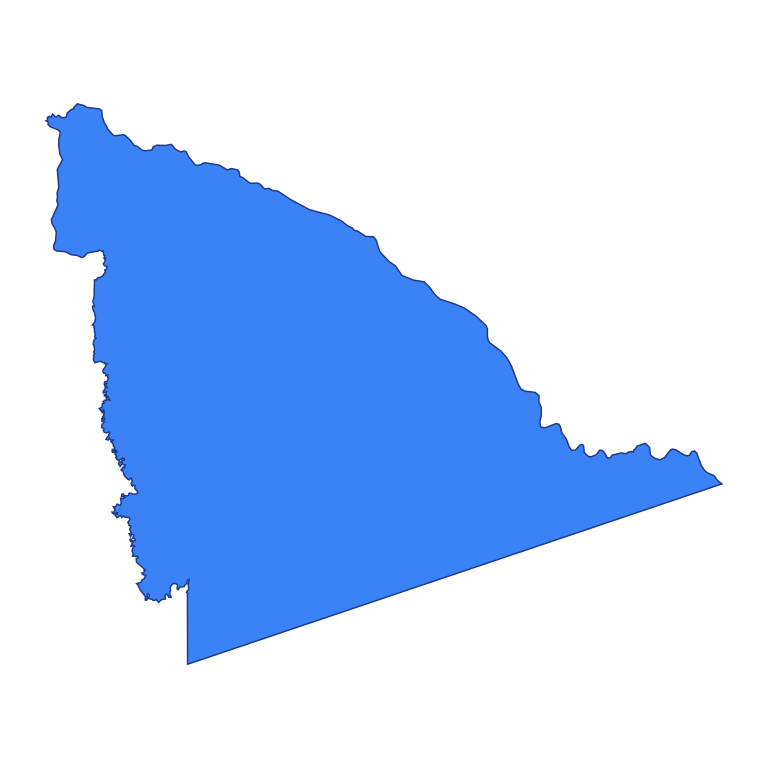 outline of Taisha, Morona Santiago, Ecuador
{"feature_id": "8360857B62075287883124", "entity_name": "Taisha", "entity_type": "district", "adm_level": 2, "iso_a3": "ECU", "parent_name": "Ecuador", "parent_adm1": "Morona Santiago", "projection": "orthographic", "projection_center": [-77.601, -2.443], "detail": "fine", "context": "isolated", "style": "filled", "palette": "blue", "viewbox_px": 768, "rotation_deg": 0, "n_neighbors": 0, "source": "geoboundaries", "source_scale": "gbopen_adm2", "svg_char_len": 6045}
<svg xmlns="http://www.w3.org/2000/svg" viewBox="0 0 768 768"><path d="M48.0,124.3L50.5,126.9L58.0,129.8L60.3,132.3L58.9,139.0L58.7,145.5L60.1,154.7L62.5,159.5L57.3,169.5L58.8,187.2L57.1,192.7L57.5,196.8L56.8,200.6L58.1,204.7L51.4,219.7L52.3,224.3L54.6,227.7L56.3,232.0L55.5,240.8L53.5,246.0L54.0,249.3L56.4,251.0L64.9,251.6L71.5,254.8L76.7,255.3L81.4,257.4L84.1,256.8L86.7,253.6L88.3,252.8L98.3,251.0L99.3,250.0L102.3,251.4L103.2,251.0L103.7,255.1L104.8,255.6L104.0,258.1L105.6,258.0L104.7,259.1L105.2,260.6L104.5,262.4L103.2,263.8L104.3,265.5L107.2,266.7L106.4,269.3L104.8,270.0L105.3,272.2L102.5,275.9L100.4,277.4L98.0,277.6L96.1,280.0L94.5,279.9L94.1,296.9L92.8,301.5L94.5,306.1L92.6,306.1L92.6,308.3L94.6,313.0L95.5,317.9L94.9,321.7L92.4,325.0L94.3,325.9L93.9,327.8L94.7,329.1L94.3,330.7L95.1,334.8L94.7,337.0L96.1,338.1L94.3,339.7L93.6,341.4L93.3,344.7L94.1,345.7L94.6,349.9L93.6,352.1L94.5,353.7L93.5,355.6L94.1,356.7L93.4,358.4L93.9,360.8L95.0,362.7L100.2,361.2L103.5,362.8L104.6,362.6L104.8,363.8L106.9,363.8L102.8,371.0L103.6,373.1L105.0,373.3L105.8,374.5L105.6,375.7L107.9,375.1L107.5,377.1L108.6,378.3L107.0,381.3L104.6,382.1L104.3,383.9L106.2,383.8L104.6,385.2L105.0,386.3L106.6,386.2L107.3,387.6L105.4,387.3L104.5,390.3L103.5,390.6L103.2,392.6L106.5,391.9L105.9,393.1L106.2,394.5L105.4,395.1L104.3,394.4L104.4,396.0L105.7,395.9L106.1,397.5L106.8,396.1L107.8,396.3L107.0,397.9L108.7,397.8L110.0,400.1L106.7,399.4L106.2,400.5L104.6,400.2L103.1,401.7L104.4,402.9L102.4,403.8L102.0,407.0L99.2,408.6L100.6,410.3L101.9,410.2L101.5,411.6L102.5,411.5L102.3,412.7L103.4,412.5L103.9,410.3L104.5,412.1L103.6,415.1L104.1,416.1L102.8,416.4L102.5,417.3L104.5,418.2L104.9,419.1L104.3,419.5L103.5,418.5L101.8,418.7L101.9,421.4L103.4,420.8L104.3,421.6L101.9,424.6L101.7,427.6L104.1,428.7L103.4,430.8L104.3,432.3L106.6,432.9L108.9,431.9L109.6,432.3L109.9,433.3L108.6,434.4L108.6,436.1L107.3,437.0L106.0,439.4L108.1,440.1L109.4,438.2L110.5,440.0L113.4,439.9L112.9,440.9L110.9,441.8L113.0,443.6L113.5,446.4L114.8,447.3L114.0,449.1L115.6,450.1L114.3,451.1L112.4,449.5L112.0,451.5L112.6,452.4L115.4,452.5L116.2,450.9L116.8,451.3L116.6,452.8L115.0,454.1L116.9,456.2L115.6,457.3L117.3,459.9L119.2,460.1L122.9,458.0L124.3,458.5L124.2,460.2L121.9,459.9L122.0,462.5L119.2,461.4L118.4,463.9L120.2,466.4L122.4,463.5L123.4,464.7L125.1,465.0L124.3,467.7L123.3,467.1L122.6,467.5L122.3,469.2L121.2,469.3L121.1,470.3L123.0,471.2L124.3,475.6L128.4,479.7L129.5,479.8L130.4,478.1L131.3,478.2L132.2,481.4L131.1,483.2L131.9,485.6L132.6,486.2L133.4,485.2L134.9,485.6L134.8,488.5L137.8,491.9L137.5,493.1L135.9,494.0L132.6,494.1L131.7,493.3L129.0,493.2L128.4,495.4L127.5,495.9L124.2,495.3L123.0,493.9L122.0,494.1L121.3,497.0L124.4,496.4L125.1,497.6L122.9,498.7L120.6,498.7L121.3,503.3L120.0,505.4L117.2,504.1L115.5,506.8L113.4,506.7L115.4,510.2L113.5,512.4L112.1,512.0L112.2,512.8L113.6,514.0L117.5,512.7L117.4,513.8L115.2,515.2L116.9,517.6L120.9,515.5L121.7,517.5L123.7,516.0L125.3,517.4L128.8,517.4L129.6,518.3L129.8,519.5L127.8,522.6L129.0,523.8L129.0,525.4L130.9,526.2L129.7,529.3L131.4,533.0L129.0,533.6L130.7,536.6L131.4,534.6L133.5,534.6L133.7,536.0L132.5,538.2L134.3,538.6L135.4,539.8L134.9,540.8L133.0,541.1L130.4,539.1L129.9,539.7L130.2,540.9L132.6,542.3L130.9,546.4L134.2,545.6L134.7,546.2L132.7,548.2L132.0,550.7L133.4,553.9L132.5,556.1L137.7,556.3L138.1,557.8L136.2,558.4L136.5,562.1L144.1,568.9L144.0,570.0L145.1,569.8L143.6,572.7L141.8,573.2L143.2,574.8L145.8,575.3L144.1,578.7L142.0,580.0L141.3,582.2L136.6,583.6L137.9,584.8L140.0,589.6L145.4,596.7L145.2,600.0L146.6,600.3L147.1,599.5L147.3,594.1L148.0,593.6L149.6,595.1L148.3,597.9L148.6,598.6L152.0,599.3L153.4,600.5L156.5,599.8L158.6,602.3L161.8,599.5L165.3,599.0L165.0,595.3L166.0,594.0L167.3,594.4L168.7,597.2L170.9,597.5L171.1,596.5L169.4,593.9L170.5,591.0L170.3,587.6L170.8,586.0L173.0,583.7L175.2,583.5L177.7,584.8L177.0,588.6L178.0,589.8L180.0,587.0L184.2,586.7L184.8,585.2L186.8,583.5L187.2,580.6L188.5,579.4L189.3,579.8L188.2,584.3L188.7,588.9L186.5,592.4L187.4,592.9L187.6,664.2L721.9,483.9L717.2,480.1L714.1,475.7L707.6,472.9L704.7,470.6L701.3,465.6L696.8,453.3L694.7,451.0L691.8,451.6L689.4,455.3L687.2,455.8L684.0,454.9L675.4,449.6L672.2,449.1L670.2,450.3L664.6,457.5L660.2,459.9L654.8,458.3L651.2,455.7L650.3,454.1L649.5,447.3L645.3,443.3L636.9,446.2L635.6,448.7L633.8,450.1L633.1,452.1L631.3,451.5L629.0,451.9L625.7,453.7L621.4,452.9L612.2,455.1L610.7,457.3L608.9,458.2L607.3,457.6L603.9,451.9L601.5,450.2L599.6,450.2L596.2,454.8L591.1,456.8L588.6,456.5L584.3,452.7L583.5,445.7L582.6,444.7L580.9,444.5L579.6,445.3L575.5,450.1L571.7,450.4L568.9,446.3L566.3,439.0L561.9,432.9L560.3,426.6L558.8,424.1L556.1,423.6L545.4,427.7L541.9,427.4L540.4,426.5L539.9,421.5L541.3,416.0L541.3,407.5L538.8,401.5L539.1,395.8L535.2,392.4L525.1,391.2L520.8,388.9L518.2,384.1L511.2,365.4L506.8,357.7L500.8,351.0L490.0,343.0L488.3,340.8L487.4,336.3L487.4,328.8L486.2,325.8L476.1,316.2L464.0,307.9L455.3,304.2L440.2,299.3L434.6,294.4L430.3,288.1L424.2,281.8L413.3,280.1L402.0,275.5L395.6,266.1L389.0,261.5L379.7,251.6L376.2,240.2L373.4,236.7L365.9,236.5L357.2,230.9L354.2,230.4L352.4,228.0L347.7,225.9L342.5,221.7L330.1,215.2L309.4,209.7L290.2,199.3L277.9,191.2L272.4,190.4L268.9,188.4L264.5,189.0L260.2,184.2L257.7,183.1L251.0,183.3L248.3,182.1L243.2,177.9L239.9,176.4L239.1,171.8L237.6,169.9L231.5,168.6L227.2,169.8L219.3,165.1L205.2,162.8L202.4,163.5L200.6,164.8L196.4,165.3L195.1,164.8L188.7,156.9L186.1,151.6L184.0,150.9L180.8,152.0L179.5,151.5L175.2,149.1L171.5,144.4L165.4,145.5L156.7,145.2L153.3,146.8L151.8,150.0L145.2,150.9L141.9,150.1L137.3,146.4L133.8,145.3L131.4,141.5L125.5,135.6L123.8,134.8L114.5,135.8L112.4,134.4L107.6,128.9L106.6,126.1L104.3,122.8L102.2,116.2L101.7,110.6L99.5,108.9L86.8,107.4L84.0,105.6L77.2,103.8L74.0,107.3L73.7,108.8L71.3,109.5L67.2,113.1L66.1,117.4L61.6,117.7L58.8,115.3L57.5,115.8L56.9,116.9L55.5,116.8L52.6,114.2L51.0,117.2L49.8,116.3L48.1,116.7L47.2,118.2L47.8,120.3L46.1,120.8L47.6,121.6L48.6,123.4L48.0,124.3Z" fill="#3b82f6" stroke="#1e3a8a" stroke-width="1.5"/></svg>